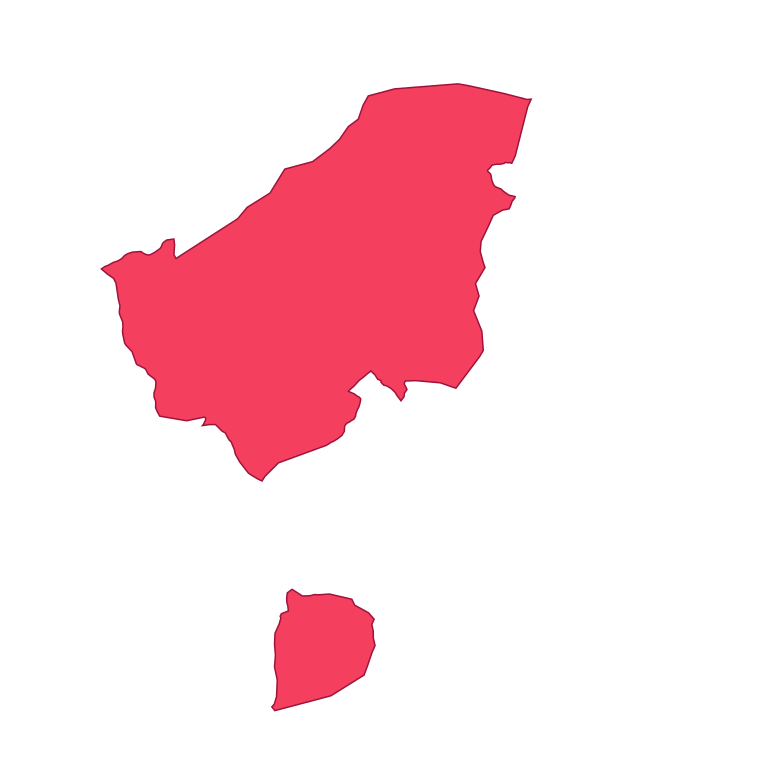 outline of Ideato South, Imo, Nigeria, rotated 251°
{"feature_id": "59680162B23369049466603", "entity_name": "Ideato South", "entity_type": "district", "adm_level": 2, "iso_a3": "NGA", "parent_name": "Nigeria", "parent_adm1": "Imo", "projection": "robinson", "projection_center": [7.136, 5.792], "detail": "fine", "context": "isolated", "style": "filled", "palette": "rose", "viewbox_px": 768, "rotation_deg": 251, "n_neighbors": 0, "source": "geoboundaries", "source_scale": "gbopen_adm2", "svg_char_len": 3004}
<svg xmlns="http://www.w3.org/2000/svg" viewBox="0 0 768 768"><g transform="rotate(251 384 384)"><path d="M512.7,562.9L514.8,564.3L515.8,565.9L517.3,568.2L518.5,569.0L520.3,566.2L521.8,563.7L525.3,561.1L527.4,559.6L530.2,558.2L532.5,555.5L534.8,553.1L537.5,552.4L541.7,552.3L545.8,553.0L547.6,553.2L549.6,552.3L551.8,551.2L552.8,552.0L553.2,553.5L554.6,555.9L555.8,557.1L555.2,562.0L554.0,565.3L553.5,569.2L554.0,570.8L553.3,572.2L552.1,575.2L551.1,576.7L556.9,582.3L599.3,610.1L605.4,615.9L606.5,611.8L619.3,592.5L638.8,560.6L643.7,551.7L659.6,490.1L661.5,462.9L654.5,455.1L642.8,445.9L639.0,434.1L629.7,421.4L624.3,409.6L617.5,388.9L619.5,360.2L601.6,338.3L595.6,312.2L587.9,299.5L570.4,228.2L574.8,227.5L583.7,231.3L589.5,232.5L590.9,225.5L589.8,221.8L588.9,220.3L586.5,218.3L585.0,216.4L583.2,210.2L582.6,206.7L582.4,204.6L582.8,202.8L584.0,201.1L586.1,198.9L588.4,197.4L589.1,194.7L590.6,189.0L590.7,184.0L589.9,180.5L588.1,177.2L587.0,172.7L587.1,167.6L586.0,161.4L586.0,158.6L584.8,154.2L577.3,158.7L571.9,162.7L566.5,163.4L550.5,160.4L543.8,159.8L538.9,157.4L536.4,156.7L527.7,157.1L522.7,155.7L519.3,154.0L516.0,153.2L507.2,152.1L504.8,152.6L496.7,156.3L484.0,156.4L482.8,156.7L477.0,162.5L475.4,163.5L470.1,164.2L463.2,168.8L460.4,169.1L454.6,166.7L450.4,163.6L446.5,162.3L442.0,162.5L435.8,160.3L431.0,160.7L426.6,161.5L413.5,185.4L411.2,203.3L410.1,204.3L408.9,203.9L407.6,203.2L406.5,201.9L404.9,200.5L403.8,198.8L403.0,202.7L402.7,204.9L400.5,211.5L392.4,215.4L389.2,218.1L383.6,218.9L381.0,219.5L379.0,220.7L375.3,220.8L371.3,221.2L366.0,220.6L357.3,222.2L344.1,226.7L342.2,228.0L335.3,233.7L332.0,237.1L335.4,241.3L343.8,258.5L344.8,309.7L345.4,312.4L346.2,315.4L346.1,316.8L347.3,322.3L349.1,327.5L352.2,331.1L357.2,333.2L359.0,336.1L359.2,338.3L360.1,341.4L360.5,343.9L361.2,344.9L362.7,346.5L365.6,348.2L366.7,349.1L368.6,350.7L370.2,352.5L373.6,355.0L376.7,356.8L377.9,357.1L379.9,356.1L381.3,354.7L384.3,352.7L386.4,350.4L388.6,348.0L389.1,348.4L391.8,355.0L395.5,361.8L397.4,367.4L399.3,372.1L400.1,374.8L400.7,375.7L395.6,378.4L390.5,379.6L388.1,382.3L386.6,381.7L382.9,383.4L381.6,385.7L377.5,389.2L372.7,391.7L369.4,392.4L366.2,393.4L362.6,394.6L365.3,398.7L367.5,399.8L368.8,400.4L371.2,403.9L373.4,403.8L377.6,403.1L379.9,405.1L376.8,415.2L366.8,437.6L359.6,446.8L356.6,450.6L378.6,483.1L383.4,488.8L402.1,493.7L424.3,492.6L436.2,502.5L449.2,503.2L461.2,517.4L466.8,517.4L477.7,518.1L487.2,522.2L499.7,534.5L507.9,542.2L509.8,552.5L508.9,559.4L512.7,562.9ZM115.2,172.8L110.7,174.5L106.5,232.3L115.3,270.4L122.7,276.5L133.7,285.0L139.6,290.4L147.2,291.2L153.9,293.4L160.6,294.2L164.8,298.1L172.7,294.9L184.4,284.3L191.0,283.5L203.2,264.0L206.0,253.5L207.6,249.5L207.9,245.0L210.1,237.9L219.8,230.2L218.0,224.6L213.8,222.5L209.6,221.1L205.0,220.7L200.6,219.7L200.4,215.6L200.2,212.2L198.2,210.2L196.5,210.4L191.4,206.9L183.8,199.8L173.7,195.8L162.8,193.0L152.3,188.4L138.8,186.7L123.2,180.5L117.0,176.0L115.2,172.8Z" fill="#f43f5e" stroke="#9f1239" stroke-width="1.5"/></g></svg>